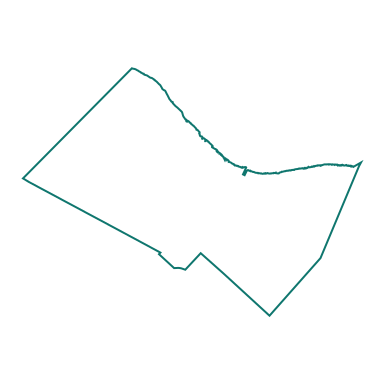 Ensenada, Buenos Aires, Argentina
{"feature_id": "61730980B68751377972541", "entity_name": "Ensenada", "entity_type": "district", "adm_level": 2, "iso_a3": "ARG", "parent_name": "Argentina", "parent_adm1": "Buenos Aires", "projection": "natural_earth1", "projection_center": [-57.944, -34.842], "detail": "fine", "context": "isolated", "style": "outline", "palette": "teal", "viewbox_px": 384, "rotation_deg": 0, "n_neighbors": 0, "source": "geoboundaries", "source_scale": "gbopen_adm2", "svg_char_len": 5785}
<svg xmlns="http://www.w3.org/2000/svg" viewBox="0 0 384 384"><path d="M23.0,178.4L29.1,182.1L123.3,232.6L160.4,252.6L159.0,254.2L174.1,268.1L178.4,267.9L179.5,268.0L181.2,268.3L185.3,269.7L200.7,253.2L223.4,273.4L269.5,315.7L320.5,258.1L359.0,166.2L361.0,162.5L353.3,166.9L353.1,166.7L352.9,166.3L352.2,166.3L351.8,166.5L351.7,166.3L351.7,166.0L350.9,165.7L350.7,165.7L350.5,166.0L350.3,165.7L350.2,165.7L350.1,165.8L349.6,166.0L349.1,166.0L348.9,165.6L348.4,165.5L348.2,165.8L347.1,165.8L347.0,165.7L346.8,165.4L346.5,165.3L346.4,165.0L345.4,165.2L345.1,165.5L343.8,165.5L343.4,165.1L343.2,165.1L342.8,165.2L342.4,165.3L342.4,165.0L342.3,164.8L341.8,164.9L341.5,165.1L341.1,165.0L340.7,165.3L340.1,165.2L340.0,165.3L340.1,165.6L339.7,165.6L339.4,165.6L339.2,165.2L338.9,165.1L338.1,165.4L337.9,164.9L337.7,164.8L337.5,165.0L337.4,164.8L337.3,164.7L336.9,164.9L336.5,164.6L335.8,164.7L335.5,164.5L335.0,164.5L334.8,164.7L334.6,164.5L334.4,164.5L334.3,164.8L333.7,164.5L333.4,164.5L332.7,164.5L332.5,164.4L332.0,164.8L331.7,164.8L331.3,164.4L330.0,164.3L329.4,164.3L329.1,164.5L328.9,164.3L328.6,164.5L328.3,164.3L326.9,164.3L326.1,164.5L325.6,164.4L324.5,164.4L323.0,164.8L322.5,165.1L322.1,165.1L321.5,165.2L321.3,165.2L321.0,165.7L320.6,165.8L320.5,165.4L320.3,165.3L319.7,165.4L319.1,165.3L318.5,165.5L317.9,165.3L317.4,165.7L317.1,165.6L316.8,165.7L316.2,165.7L315.8,166.0L315.2,166.0L314.8,166.1L314.5,166.5L314.2,166.4L313.9,166.1L313.0,166.8L312.0,166.9L312.0,166.5L311.8,166.5L310.9,167.1L309.6,167.3L309.5,167.2L308.9,167.2L308.6,167.0L308.5,167.3L308.3,167.4L308.1,167.3L307.5,167.8L307.2,167.6L306.5,168.2L306.1,168.2L305.9,168.4L305.4,168.3L305.2,167.9L304.8,167.9L304.7,168.6L303.5,168.7L303.4,168.3L302.4,168.2L302.2,168.3L301.3,168.4L300.8,168.6L300.2,168.5L299.5,168.7L299.2,168.5L298.6,168.8L298.3,168.7L297.8,169.0L296.7,169.1L296.3,169.1L294.5,169.5L294.1,170.0L293.9,170.0L293.5,169.8L293.2,169.8L292.7,170.0L292.1,169.9L291.7,170.0L291.3,170.3L290.9,170.4L290.6,170.5L290.1,170.2L289.4,170.4L288.8,170.7L288.3,170.5L287.5,170.8L286.8,170.7L286.5,170.9L286.0,170.9L285.4,171.2L285.0,171.1L284.1,171.4L283.3,171.5L282.6,171.8L281.7,171.7L281.2,172.2L280.1,172.4L279.4,172.8L278.9,173.3L278.5,173.3L278.1,173.5L276.3,173.2L275.9,173.0L275.8,172.6L275.5,172.7L275.2,173.1L274.3,173.0L273.7,172.9L273.2,173.3L272.9,173.2L271.7,173.3L271.2,173.5L270.6,173.4L270.1,173.6L268.7,173.5L267.7,173.1L267.5,173.3L266.2,173.4L266.1,173.6L265.8,173.7L265.2,173.5L265.2,173.3L265.2,173.2L264.7,173.3L264.6,173.6L264.2,173.7L263.6,173.5L263.3,173.7L262.6,173.8L261.9,173.7L261.4,173.4L260.4,173.5L260.1,173.3L259.4,173.2L259.0,173.3L258.7,173.2L258.4,173.3L258.2,173.3L258.0,172.9L255.9,172.8L254.4,172.3L253.8,171.9L253.1,172.0L251.0,171.1L250.5,171.3L250.3,171.2L250.5,170.9L250.3,170.6L250.1,170.6L249.7,170.8L249.2,170.6L248.5,170.5L248.1,170.1L247.8,170.1L246.9,170.7L246.5,171.3L244.6,175.2L244.2,175.0L244.0,174.5L243.9,174.4L243.4,174.6L243.0,174.4L246.2,167.5L246.1,167.3L245.6,167.1L245.4,167.2L245.0,167.2L244.8,167.3L244.2,167.1L243.4,167.3L243.1,167.6L242.8,167.8L242.6,167.8L242.7,167.5L242.6,167.3L242.4,167.1L242.0,167.5L241.6,167.5L241.1,167.2L240.7,167.3L240.4,167.2L240.2,166.9L238.4,166.5L238.3,166.1L238.2,166.0L237.5,165.8L236.8,165.9L236.5,165.6L235.8,165.6L235.1,165.3L234.8,165.4L234.7,165.2L234.5,164.8L234.1,164.8L233.9,164.6L233.7,164.2L233.4,164.3L232.9,163.8L232.0,163.5L231.9,163.3L231.1,162.7L230.5,162.4L229.9,162.2L229.1,161.7L228.8,161.8L228.8,161.1L228.6,160.7L228.1,160.5L228.1,160.3L227.9,160.0L227.4,159.6L226.8,159.4L226.6,159.4L226.4,159.7L226.3,159.2L225.6,158.5L225.1,158.2L224.7,158.4L224.6,158.7L224.7,159.0L224.6,159.5L224.4,159.1L224.3,158.6L224.1,158.4L224.0,157.9L223.4,157.5L223.4,157.3L223.5,156.9L223.4,156.8L222.6,156.1L222.2,156.0L222.2,155.8L222.2,155.5L221.9,155.0L221.4,154.9L221.0,155.0L220.8,154.8L220.8,154.7L220.9,154.4L221.1,154.2L220.2,153.4L219.8,153.4L219.6,153.5L219.6,153.4L219.7,153.1L219.4,152.9L219.3,153.0L219.2,153.1L218.7,152.4L218.0,151.6L217.6,151.3L217.2,151.3L217.1,151.8L216.7,151.4L216.6,151.1L217.1,150.3L216.7,149.8L216.2,149.7L216.1,149.4L215.4,149.0L214.6,148.8L214.4,148.6L212.7,147.6L212.5,147.4L212.2,147.3L212.0,147.1L212.0,146.8L212.2,146.6L212.5,146.7L212.7,146.4L212.6,145.9L210.6,143.9L209.7,143.2L209.1,142.5L209.0,142.2L208.4,141.9L208.2,141.8L208.1,141.4L206.5,140.1L206.0,140.3L206.0,140.6L205.7,140.8L205.6,141.1L205.2,141.1L205.2,140.8L205.7,139.7L203.9,138.3L203.1,138.4L202.8,138.3L202.6,138.4L202.4,138.8L202.2,138.8L202.1,138.6L202.6,137.8L202.6,137.4L202.4,137.1L201.7,136.7L201.8,136.6L201.7,136.4L200.8,136.4L200.3,136.2L199.8,135.3L199.8,134.9L199.7,134.2L199.2,134.1L199.1,134.3L199.2,133.6L199.6,132.5L199.6,132.2L198.7,131.4L198.1,130.5L197.6,130.1L197.4,129.9L196.5,129.8L196.4,129.7L196.5,129.4L196.5,129.2L195.6,127.9L195.3,127.7L193.5,125.7L193.1,125.6L192.1,124.6L191.4,124.2L191.3,123.9L190.9,123.6L190.7,123.1L189.7,122.6L189.5,122.1L189.2,121.9L188.9,121.5L188.5,121.2L187.5,120.7L187.4,120.8L187.5,121.5L187.2,121.7L186.6,121.5L186.4,121.4L186.2,120.9L186.4,120.1L186.2,119.6L185.4,119.4L184.2,117.6L183.4,116.5L182.8,114.8L182.3,112.9L181.8,111.8L177.4,107.6L175.4,106.0L172.8,103.2L172.7,103.0L172.8,102.2L172.4,101.9L171.8,101.9L171.6,101.8L171.1,101.2L170.5,100.3L169.5,99.2L167.4,95.0L166.7,93.8L165.4,91.1L164.8,90.5L164.5,90.3L164.0,90.2L162.5,89.1L162.2,88.7L162.0,88.3L161.9,87.9L160.8,86.1L160.5,85.5L159.7,84.6L159.3,84.4L156.6,81.6L154.4,80.0L154.3,79.9L154.4,79.7L152.0,78.1L151.6,77.9L150.8,77.8L150.0,77.5L147.1,75.5L144.4,74.7L144.1,74.5L144.0,74.1L143.7,73.7L142.8,73.7L141.9,73.0L140.9,72.6L140.7,72.2L139.1,71.4L138.2,70.7L137.3,70.3L135.6,69.3L133.9,68.8L132.8,68.7L131.9,68.3L23.0,178.4Z" fill="none" stroke="#0f766e" stroke-width="2"/></svg>